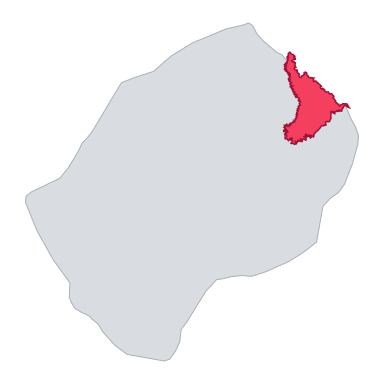 Mphokojoana, Mokhotlong, Lesotho shown in context
{"feature_id": "5366337B60583276922456", "entity_name": "Mphokojoana", "entity_type": "district", "adm_level": 2, "iso_a3": "LSO", "parent_name": "Lesotho", "parent_adm1": "Mokhotlong", "projection": "orthographic", "projection_center": [29.014, -29.041], "detail": "fine", "context": "in_parent", "style": "filled", "palette": "rose", "viewbox_px": 384, "rotation_deg": 0, "n_neighbors": 0, "source": "geoboundaries", "source_scale": "gbopen_adm2", "svg_char_len": 6815}
<svg xmlns="http://www.w3.org/2000/svg" viewBox="0 0 384 384"><path d="M265.4,271.9L252.7,276.0L250.9,276.4L242.7,275.5L231.8,276.5L223.3,278.7L216.6,279.6L205.8,291.3L186.4,322.7L181.2,329.3L179.8,341.7L175.3,351.4L169.8,359.1L164.4,361.0L148.0,358.1L127.0,354.4L114.7,345.1L103.6,332.8L97.8,323.8L91.7,318.9L89.6,316.2L81.0,312.1L77.8,310.0L74.9,308.5L71.4,302.6L69.3,297.4L69.9,282.8L63.7,274.2L53.1,259.6L46.4,247.6L37.2,231.2L31.4,217.1L25.5,202.5L26.1,196.2L31.5,191.8L47.4,184.2L59.7,178.3L68.4,167.7L77.9,151.9L82.5,142.5L87.1,138.1L92.2,131.5L101.1,116.7L110.9,100.2L121.5,82.6L135.0,77.4L153.5,71.4L171.3,55.9L192.4,42.9L226.7,28.7L242.8,25.1L248.9,23.0L252.7,25.7L256.8,33.7L262.7,40.4L276.3,52.0L282.0,54.8L296.0,72.0L311.0,83.9L328.2,97.5L339.9,104.3L345.8,106.2L350.7,118.3L355.7,127.3L358.5,135.7L357.9,143.9L352.4,163.9L344.5,184.3L338.2,192.8L330.5,198.2L322.9,206.3L320.0,222.7L316.6,242.0L306.8,249.9L299.2,255.1L288.7,261.5L265.4,271.9Z" fill="#d9dde1" stroke="#a8b0b8" stroke-width="1"/><path d="M302.5,140.8L301.9,139.9L301.1,139.6L300.7,139.0L301.8,139.2L302.4,139.5L303.8,138.9L305.5,140.1L306.1,140.0L306.0,138.3L306.2,137.2L305.8,137.0L304.4,136.9L304.0,136.6L305.7,136.0L305.4,135.0L305.9,134.2L306.3,134.5L306.5,135.8L307.4,136.7L307.7,136.4L307.2,135.8L308.0,135.2L308.3,135.5L308.1,135.8L307.8,135.6L307.8,135.9L308.7,136.3L309.2,135.6L309.9,135.1L310.1,135.4L309.6,135.8L309.5,136.6L309.8,137.0L310.1,136.3L310.6,136.2L310.6,137.8L311.8,136.9L311.8,135.7L313.1,136.2L313.5,136.8L314.0,135.9L313.7,134.7L314.1,134.2L314.1,133.8L315.2,133.0L316.5,131.4L317.5,130.9L320.3,127.7L321.2,126.2L322.2,125.6L323.6,125.8L324.1,125.3L325.4,125.3L326.0,125.0L325.4,122.7L326.1,121.6L327.4,121.5L327.9,121.8L329.6,121.5L329.9,120.3L331.1,118.2L330.7,116.0L331.0,114.1L330.9,112.4L331.4,112.1L331.1,111.5L331.4,111.4L331.7,111.9L331.8,112.6L331.9,112.2L332.5,112.4L332.6,111.9L333.0,111.7L333.3,113.1L334.0,113.2L334.8,113.7L334.9,113.3L334.5,113.3L334.4,112.8L333.9,112.5L333.9,112.2L334.4,112.1L334.8,111.7L336.6,111.5L336.6,110.9L336.8,110.8L337.2,110.8L337.9,111.3L338.3,111.1L338.6,110.4L339.2,111.2L339.8,110.4L340.9,111.1L341.5,111.2L341.8,111.0L341.7,110.1L342.1,109.5L342.1,108.9L342.7,108.4L342.6,108.1L343.1,107.8L343.2,107.1L343.5,107.0L344.3,105.5L345.1,105.4L346.5,106.0L346.9,106.5L348.6,107.5L349.3,107.7L347.6,105.3L347.5,104.4L346.8,103.9L342.8,103.7L342.1,104.3L341.3,104.6L340.0,106.0L339.2,106.0L338.8,104.8L337.3,103.8L335.3,101.7L335.7,101.3L335.6,100.7L334.7,99.9L334.4,99.1L333.5,98.5L333.0,97.6L333.9,96.8L333.7,95.9L332.7,95.1L332.3,94.3L331.3,93.7L329.8,94.0L328.9,93.2L329.0,92.9L328.3,91.9L325.7,92.0L324.8,91.0L324.5,89.8L324.0,89.8L324.3,89.4L323.2,88.9L322.8,88.4L322.5,88.4L322.4,88.8L321.9,89.0L320.5,88.2L320.3,86.7L320.8,86.2L321.3,86.3L321.0,85.7L318.4,83.5L318.3,83.2L317.2,82.9L317.0,82.0L316.1,81.4L316.0,81.1L315.0,81.0L314.0,81.6L313.3,81.2L313.7,79.7L313.1,78.8L313.8,78.1L313.0,78.1L311.8,77.6L311.4,77.7L311.1,78.1L309.7,77.4L308.6,77.5L308.1,76.9L308.3,76.3L308.1,75.9L306.8,74.7L306.8,73.0L305.4,72.1L304.4,72.5L304.5,72.6L304.3,72.8L304.2,73.5L304.7,74.0L304.5,74.7L303.6,74.7L303.3,75.4L301.9,75.9L301.5,77.0L301.0,77.5L300.2,77.5L299.7,77.2L299.0,76.1L299.1,73.7L297.5,72.9L297.4,72.7L297.6,72.2L296.7,71.2L297.4,70.5L297.1,70.0L295.2,69.9L294.1,68.7L294.7,67.6L295.9,67.6L296.0,67.2L294.9,65.9L295.2,65.2L294.9,64.2L295.3,63.2L294.9,63.1L295.0,62.7L293.9,62.4L294.0,61.7L292.8,61.9L291.9,61.4L291.6,60.7L292.8,60.1L293.5,59.4L294.2,59.6L295.4,59.3L295.3,58.5L293.7,57.5L294.0,56.5L294.9,56.6L294.7,55.9L293.1,54.6L290.6,53.7L290.5,52.8L290.0,52.2L289.7,52.2L289.3,52.4L289.1,53.0L288.3,53.4L288.2,54.2L288.4,54.7L288.3,54.8L288.3,55.3L287.9,55.9L288.2,56.5L288.1,57.1L288.5,57.7L288.0,57.9L287.4,57.5L287.5,56.7L287.1,56.8L287.2,58.5L287.5,59.0L287.4,59.6L287.6,60.0L288.0,59.7L288.2,59.9L287.4,61.0L287.3,62.0L286.9,61.7L286.6,62.0L286.7,62.5L287.3,62.6L287.3,62.8L286.8,63.2L285.4,63.3L285.2,64.0L286.0,64.1L286.1,64.4L284.7,64.7L285.1,65.1L286.3,65.5L286.0,65.8L285.2,65.4L284.6,66.1L285.7,66.5L285.0,67.1L285.3,67.8L286.0,67.0L286.1,67.5L285.9,68.1L284.6,68.6L284.4,69.0L284.7,69.2L285.4,69.0L286.1,69.2L286.0,69.5L285.2,70.0L285.5,70.2L286.1,70.1L285.6,70.9L286.6,71.5L286.8,71.0L287.0,71.1L287.7,71.9L287.2,72.2L287.3,72.6L288.2,72.7L287.8,73.2L288.0,73.4L289.3,73.1L289.9,73.5L289.8,74.2L288.4,74.9L288.9,75.4L289.7,75.0L290.1,75.0L290.3,75.5L289.4,76.4L289.6,77.0L290.1,77.2L289.1,77.8L289.0,78.4L288.4,78.7L288.6,79.9L289.2,79.9L289.2,80.7L289.5,80.4L289.7,79.7L290.2,79.6L290.2,80.4L289.5,80.8L289.5,81.3L289.8,81.7L291.6,82.6L291.4,82.9L290.4,83.1L289.9,83.8L290.0,84.2L290.8,84.6L290.6,85.2L291.1,85.3L291.7,85.9L292.7,86.1L291.5,86.8L290.4,86.3L290.2,86.8L291.8,87.7L292.1,88.2L291.5,88.6L291.6,88.9L292.5,89.3L293.2,89.2L292.5,90.8L292.8,91.1L293.5,91.0L293.4,92.2L293.8,92.1L294.2,91.5L294.6,91.6L294.9,93.4L294.5,93.8L294.0,93.8L294.0,94.4L294.4,94.6L295.2,94.2L296.2,95.4L296.6,95.2L296.6,94.5L297.0,94.7L297.0,95.1L295.9,96.1L295.3,96.2L295.7,97.2L296.4,97.4L297.2,96.8L298.3,98.0L299.1,98.1L299.0,99.0L298.7,99.4L299.3,99.6L299.4,99.9L299.2,100.4L298.5,100.8L298.9,101.2L299.8,101.1L300.0,101.7L300.4,101.5L300.5,101.7L300.3,102.4L299.2,103.4L299.6,104.4L300.5,105.1L300.4,105.3L299.5,105.4L299.0,106.4L298.4,106.1L298.2,106.2L298.3,106.8L298.7,107.4L297.9,108.4L298.7,108.4L298.7,108.8L297.6,108.8L297.8,109.6L297.2,110.2L297.9,110.7L297.3,111.0L297.7,111.6L296.8,112.6L297.3,113.7L296.7,113.7L297.0,114.5L296.2,114.9L297.2,115.9L296.0,116.8L296.0,117.2L296.5,118.0L296.1,118.6L295.3,118.8L295.5,119.7L294.7,120.5L294.1,120.4L294.7,121.4L294.7,121.9L293.9,122.1L293.1,121.7L293.0,122.4L292.1,122.7L291.5,123.3L291.1,123.2L290.8,124.7L290.6,124.9L290.3,124.3L290.5,123.5L290.1,123.4L289.6,123.8L289.6,124.8L288.3,125.1L289.0,125.8L288.9,126.4L287.0,124.9L286.8,124.2L286.4,124.5L286.9,125.6L286.7,126.4L285.4,125.7L285.4,125.2L284.3,125.3L284.8,127.2L284.2,127.5L285.0,127.9L286.4,129.5L286.7,130.2L286.4,130.3L287.3,130.7L287.1,131.0L286.2,130.5L285.4,130.6L285.3,129.3L284.7,129.2L283.8,130.2L283.7,131.5L284.2,131.4L284.7,130.7L285.1,131.0L285.7,132.2L286.0,132.1L286.9,131.3L287.3,131.4L287.8,132.1L285.5,133.0L284.6,134.1L285.0,135.2L285.3,135.1L285.6,134.0L286.2,134.0L286.8,136.1L286.3,136.8L285.4,137.1L285.9,137.5L285.0,137.3L285.3,138.9L286.1,138.6L286.8,138.7L288.5,140.7L288.9,140.4L289.6,138.8L291.3,138.0L292.4,138.5L292.4,138.8L292.1,139.0L290.7,139.0L290.4,139.4L290.9,140.2L291.9,140.6L292.4,141.3L291.7,142.6L290.9,143.1L291.0,143.4L293.2,143.5L294.3,144.3L295.2,143.7L295.7,144.1L296.3,143.9L296.8,142.8L295.4,142.0L295.3,141.4L297.1,142.3L297.6,141.7L297.6,140.9L297.9,140.3L298.6,140.5L299.1,141.3L300.1,140.7L301.0,141.6L302.2,141.4L302.5,140.8Z" fill="#f43f5e" stroke="#9f1239" stroke-width="1.5"/></svg>